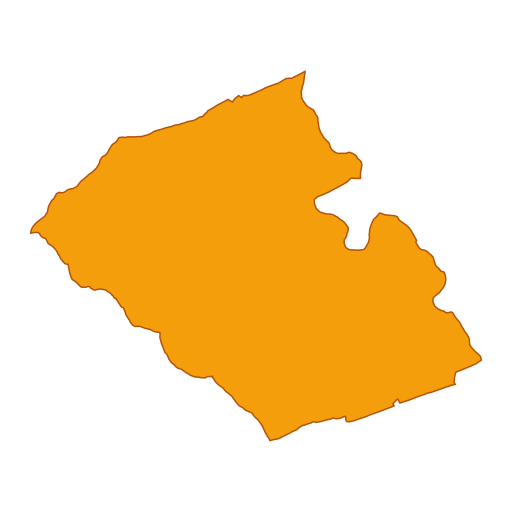 outline of Urdari, Gorj, Romania
{"feature_id": "2599482B90293450056050", "entity_name": "Urdari", "entity_type": "district", "adm_level": 2, "iso_a3": "ROU", "parent_name": "Romania", "parent_adm1": "Gorj", "projection": "orthographic", "projection_center": [23.282, 44.799], "detail": "fine", "context": "isolated", "style": "filled", "palette": "amber", "viewbox_px": 512, "rotation_deg": 0, "n_neighbors": 0, "source": "geoboundaries", "source_scale": "gbopen_adm2", "svg_char_len": 5992}
<svg xmlns="http://www.w3.org/2000/svg" viewBox="0 0 512 512"><path d="M455.2,384.3L453.8,381.8L454.2,380.5L454.9,375.6L455.4,373.6L455.7,372.8L456.2,372.0L465.3,368.4L473.7,364.8L476.5,363.4L481.1,360.3L481.3,360.1L481.1,359.1L480.8,357.5L480.5,356.7L479.8,355.6L474.4,350.7L471.3,347.2L470.2,345.7L469.7,344.8L469.3,339.5L468.7,337.5L468.1,336.4L466.8,334.1L464.9,331.7L463.2,328.7L462.0,327.0L459.9,322.7L455.4,317.2L452.6,312.7L452.0,312.2L450.8,312.0L448.0,312.7L446.4,312.8L445.1,312.1L444.3,311.2L441.5,310.6L438.3,309.1L436.0,307.3L434.9,306.3L434.6,305.8L433.6,303.5L433.0,301.8L432.9,300.3L433.0,299.3L433.4,297.6L435.2,295.9L439.3,292.8L441.5,289.7L442.6,288.6L444.5,285.3L445.0,283.7L445.7,280.6L445.7,277.9L445.2,275.3L444.2,272.3L443.5,271.9L441.0,271.2L440.5,270.7L440.2,270.1L439.4,269.1L436.2,266.1L435.4,264.7L433.0,257.2L431.9,255.7L428.0,252.2L426.4,251.1L425.3,250.5L424.0,250.0L421.8,249.9L419.0,247.7L415.9,242.6L416.5,240.2L411.7,231.6L409.1,227.8L407.7,226.4L406.3,225.2L399.8,220.6L398.0,218.4L397.7,217.2L397.5,216.9L395.8,216.1L394.3,215.7L385.3,214.9L380.1,213.0L379.4,213.3L376.7,216.5L374.0,219.0L372.1,222.3L370.3,227.3L369.7,229.5L369.2,235.1L369.5,237.6L368.9,240.7L368.4,242.4L365.1,248.3L364.5,248.9L363.8,249.4L362.8,249.7L357.8,250.2L350.3,249.8L348.1,249.1L346.2,247.7L345.3,246.7L344.6,244.2L344.2,243.6L344.1,241.2L344.3,239.9L344.6,239.2L345.5,238.2L346.8,235.4L346.9,234.9L346.8,233.6L347.7,232.1L348.2,230.1L348.3,229.3L348.0,227.1L346.7,225.7L344.7,222.7L342.9,221.1L340.2,219.4L337.4,217.1L332.6,214.6L331.1,214.2L326.1,213.9L320.7,212.3L319.4,211.7L316.5,208.7L315.9,207.6L314.5,203.8L314.2,200.6L314.2,200.0L315.1,198.7L317.4,196.9L318.1,196.4L320.1,195.8L328.8,192.0L343.1,184.3L345.3,183.1L347.5,181.5L351.2,178.0L352.1,178.2L355.1,178.4L358.9,178.5L360.5,178.3L360.4,175.8L360.7,171.4L361.7,166.4L361.8,164.6L361.3,162.0L360.7,161.3L359.0,159.5L357.8,158.8L356.0,155.5L353.2,153.7L350.4,152.6L349.1,152.3L347.6,152.7L346.3,153.3L337.8,153.4L335.9,152.7L334.5,151.8L332.8,150.6L331.7,149.5L331.0,148.5L330.1,146.5L329.1,143.1L324.0,137.9L323.2,136.8L322.3,134.9L320.7,132.6L319.0,128.0L318.2,122.0L317.8,120.6L317.9,118.7L317.5,116.9L315.6,114.1L313.8,110.5L313.5,110.1L313.2,109.8L309.4,107.8L307.2,106.2L306.2,105.2L302.4,99.6L301.7,97.8L301.2,91.1L301.6,90.2L302.1,88.1L302.2,86.7L302.3,86.3L303.4,83.8L304.6,74.9L305.1,72.2L305.0,71.4L296.5,75.9L294.0,77.0L292.5,78.0L291.4,78.4L289.8,78.1L286.0,78.6L278.2,83.2L270.0,86.0L264.2,88.4L263.2,89.1L261.7,89.8L250.2,94.8L248.1,95.5L244.7,95.6L243.8,95.3L241.5,97.5L238.7,95.6L235.1,98.4L232.3,102.0L228.1,99.4L220.8,103.4L218.2,104.6L212.8,108.0L207.9,110.7L207.0,112.1L204.9,113.9L203.8,115.3L202.7,116.4L202.0,116.7L199.6,117.1L196.2,119.3L193.6,120.5L187.9,121.6L184.0,123.0L181.7,123.5L178.6,124.7L175.4,125.0L171.5,126.5L166.1,127.7L161.3,129.3L156.2,130.7L153.9,131.5L150.3,133.8L147.4,134.9L144.6,135.6L142.0,136.5L137.7,136.6L134.5,136.9L127.7,136.9L127.0,137.0L125.2,137.5L123.0,137.1L119.7,137.5L119.0,137.7L118.4,138.4L117.7,139.8L116.7,141.2L115.0,142.8L113.0,144.1L111.7,145.3L108.9,150.0L107.3,153.2L104.8,155.6L103.0,156.3L102.5,156.7L100.4,159.4L100.1,160.0L99.5,162.8L98.3,165.0L96.4,168.1L92.3,172.1L89.1,174.3L82.9,179.8L81.2,181.0L79.9,182.4L77.8,185.4L76.7,186.6L73.0,188.6L70.4,188.9L68.3,189.6L66.8,190.4L65.2,191.7L63.8,192.4L61.9,192.8L60.8,192.7L59.2,192.3L56.4,193.7L56.0,194.8L55.0,196.3L54.4,197.9L51.8,200.5L51.1,201.4L50.3,202.9L48.5,206.5L47.4,211.9L47.1,212.7L46.1,213.8L45.4,215.4L43.3,217.5L40.4,219.4L36.2,222.9L34.7,224.4L33.2,226.3L32.1,228.1L31.5,229.3L30.9,231.7L30.7,233.2L33.5,232.6L37.3,232.4L38.0,232.6L39.2,233.2L39.7,233.7L40.5,235.7L41.6,236.4L42.7,237.6L45.5,238.4L46.8,240.6L48.1,243.4L48.4,243.7L52.2,246.1L53.5,247.3L55.3,249.2L56.6,251.0L58.2,254.3L59.4,255.9L60.6,258.5L62.6,261.2L64.1,262.8L65.2,263.7L66.5,264.1L68.1,264.3L68.3,265.0L68.6,267.3L69.8,273.1L71.2,277.5L71.9,279.0L72.9,280.0L74.4,280.9L76.6,282.6L80.6,286.7L82.0,287.2L84.1,287.3L85.4,287.3L87.8,286.6L89.3,286.6L90.1,287.1L90.6,288.1L91.0,288.4L92.0,288.7L93.3,289.7L93.9,290.0L95.6,290.0L97.5,289.4L100.5,288.9L101.0,289.1L105.4,289.9L105.8,290.1L108.1,291.9L110.2,292.9L111.6,294.4L112.1,295.3L113.3,296.0L113.6,296.8L114.5,298.2L115.5,298.6L115.8,298.4L121.0,306.5L121.9,307.3L123.1,307.6L123.6,308.1L123.9,309.2L124.6,310.6L126.1,314.9L128.8,319.4L129.4,320.0L130.2,321.9L130.8,322.8L133.1,325.4L134.3,326.1L135.4,326.5L139.7,326.3L145.2,328.3L150.5,329.6L152.2,330.6L155.4,331.9L158.9,332.3L159.8,332.6L160.0,333.1L160.0,333.9L159.9,337.1L160.0,338.1L161.4,343.1L163.9,349.6L164.6,351.7L165.2,352.7L167.0,354.4L168.7,358.7L170.2,361.0L172.0,363.2L174.2,364.8L176.3,367.1L177.9,368.2L181.4,369.2L184.6,371.6L190.9,375.5L195.3,377.0L198.0,377.1L201.4,377.7L204.7,377.9L205.7,377.6L207.5,376.5L211.0,376.6L212.6,376.3L212.6,377.3L212.8,377.7L214.3,379.7L215.3,381.6L218.0,384.4L223.2,388.2L225.0,390.6L226.4,391.9L228.7,393.5L231.6,396.0L235.4,401.4L238.7,405.3L240.3,406.4L243.1,407.9L243.9,408.9L245.8,410.4L248.5,411.4L252.0,413.1L253.3,414.9L254.0,416.1L255.7,417.8L258.0,419.8L261.5,424.7L262.1,425.9L262.5,426.2L263.6,428.9L265.9,433.6L266.3,434.1L267.1,435.9L269.0,438.4L269.8,440.4L270.0,440.6L273.6,439.6L278.2,438.8L280.2,438.0L280.8,437.5L284.7,435.6L289.4,433.3L292.3,431.6L296.4,429.9L297.6,429.1L298.4,428.1L299.1,427.5L302.3,425.6L305.0,425.0L307.2,424.0L311.0,423.0L312.3,422.1L313.9,421.7L314.6,421.8L315.1,422.0L315.4,422.4L319.8,421.8L326.2,420.0L330.6,419.1L331.1,418.9L332.5,418.0L333.3,418.0L336.3,418.8L338.8,418.4L339.2,418.6L344.9,416.3L345.3,416.4L345.6,416.6L346.1,421.0L346.7,421.5L348.3,421.8L349.9,421.7L355.1,420.4L357.6,419.4L366.0,416.6L371.1,414.4L377.7,412.2L391.1,407.1L394.2,405.7L392.8,403.8L396.1,400.3L397.8,399.0L399.8,403.0L409.2,400.0L417.9,396.6L424.4,394.4L426.0,393.7L429.7,392.6L430.7,392.5L446.8,386.8L448.2,386.4L449.1,386.4L449.4,386.0L449.8,385.7L455.2,384.3Z" fill="#f59e0b" stroke="#b45309" stroke-width="1.5"/></svg>